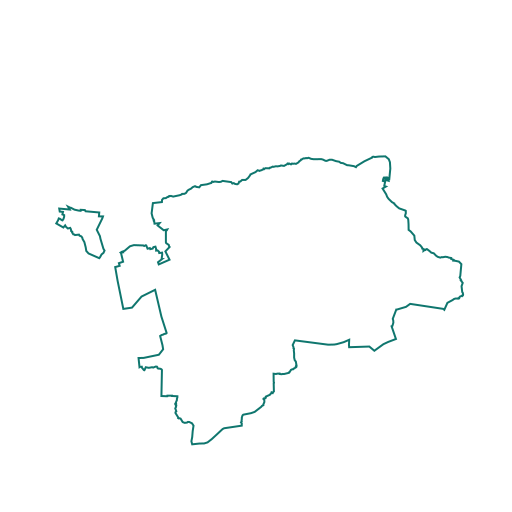 outline of Otumba, México, Mexico, rotated 323°
{"feature_id": "50627088B37171022679347", "entity_name": "Otumba", "entity_type": "district", "adm_level": 2, "iso_a3": "MEX", "parent_name": "Mexico", "parent_adm1": "México", "projection": "mercator", "projection_center": [-98.764, 19.669], "detail": "fine", "context": "isolated", "style": "outline", "palette": "teal", "viewbox_px": 512, "rotation_deg": 323, "n_neighbors": 0, "source": "geoboundaries", "source_scale": "gbopen_adm2", "svg_char_len": 6142}
<svg xmlns="http://www.w3.org/2000/svg" viewBox="0 0 512 512"><g transform="rotate(323 256 256)"><path d="M409.0,274.5L415.9,267.0L419.4,261.7L420.3,258.6L419.3,254.3L414.1,250.6L410.5,248.5L409.6,247.4L408.6,246.9L408.0,247.3L399.7,245.6L390.7,244.7L389.3,245.2L388.3,243.2L384.7,239.4L383.4,238.3L381.4,234.3L379.7,232.6L379.2,230.8L377.0,228.4L374.6,224.8L372.7,223.4L369.7,222.6L368.7,221.7L367.5,219.3L366.5,218.0L360.2,213.3L358.5,211.6L357.1,209.2L355.5,208.6L355.0,207.9L353.6,207.4L353.0,206.8L351.6,206.4L350.9,206.5L350.0,206.1L349.4,206.5L347.5,206.4L346.3,206.8L343.4,206.5L342.3,205.3L341.0,204.6L340.4,203.8L339.1,203.9L338.2,202.2L337.5,202.2L337.5,201.6L336.9,201.1L336.1,201.4L332.6,200.9L330.4,198.7L329.3,198.5L327.0,197.3L325.9,196.3L323.6,195.3L323.2,194.7L320.7,194.2L320.4,193.9L319.8,193.8L319.4,194.0L316.3,191.5L314.6,191.5L314.5,191.1L314.3,191.3L313.3,190.9L312.3,190.9L310.6,190.2L310.1,190.2L308.9,188.5L306.1,188.7L300.6,187.5L300.1,187.9L296.7,188.9L294.0,189.0L293.3,188.9L290.7,186.9L288.3,187.1L287.3,186.5L285.6,187.6L284.1,187.4L282.6,185.8L282.1,184.4L280.7,183.9L280.7,182.1L274.5,175.9L272.6,175.6L271.0,174.7L268.0,171.8L266.4,171.1L266.0,170.3L265.6,170.1L264.3,170.8L263.6,170.5L259.9,169.2L254.7,166.3L252.0,167.0L249.8,164.8L249.7,164.0L249.2,163.5L246.8,162.9L244.7,163.1L242.0,162.6L240.5,162.6L238.2,163.5L236.3,163.3L234.3,161.9L233.6,162.1L231.6,161.5L225.6,158.7L224.2,156.8L223.3,156.4L222.9,155.9L222.1,155.8L221.7,156.1L220.7,155.6L218.8,155.5L216.8,154.2L214.8,154.6L213.3,156.3L205.5,151.7L198.3,159.1L196.5,163.3L196.3,165.2L196.1,165.1L195.5,166.4L195.8,166.6L194.4,169.1L198.8,171.7L195.8,172.4L197.8,179.9L201.1,181.4L200.2,181.8L199.1,181.8L192.3,190.8L192.0,191.7L193.0,194.6L192.3,196.3L192.4,196.8L186.4,197.8L184.7,206.9L173.3,204.2L174.0,202.0L179.0,201.9L178.7,201.7L182.0,198.4L183.0,196.8L180.5,195.4L181.1,194.1L180.7,192.2L179.5,191.6L180.6,190.0L181.3,188.0L179.4,187.2L177.9,187.9L175.7,186.9L176.0,185.8L173.8,184.9L174.7,181.5L174.5,181.1L172.7,180.7L172.4,179.8L165.0,173.8L161.2,172.4L154.2,172.8L151.6,172.0L151.7,172.9L149.9,172.0L149.9,172.6L146.4,180.6L142.2,179.2L141.2,181.8L136.9,180.1L130.5,192.6L118.2,218.4L125.9,222.6L140.2,219.5L155.1,222.3L144.0,247.4L138.3,263.7L137.3,263.8L135.8,263.0L134.9,263.0L133.0,262.3L131.3,262.2L127.6,271.0L125.7,274.6L119.0,276.4L105.0,269.8L100.8,266.8L96.1,274.6L96.6,274.6L98.1,275.7L97.7,276.2L97.8,279.5L98.0,280.0L98.3,280.0L101.0,278.5L103.1,280.8L106.1,282.3L106.7,283.2L109.5,284.0L110.3,284.8L110.3,285.3L109.9,286.3L110.1,287.0L111.6,288.3L112.3,289.5L112.3,290.4L96.2,310.9L100.2,314.2L100.8,314.6L101.2,314.2L104.8,316.9L104.6,317.2L108.8,320.7L108.0,321.7L106.8,322.5L106.2,323.4L103.8,324.8L103.5,325.5L102.9,325.3L102.4,325.5L102.3,326.1L102.7,326.5L102.6,327.2L101.7,327.6L101.5,328.3L99.8,329.1L98.9,332.1L97.7,332.3L97.2,332.9L96.7,338.4L96.3,338.6L96.5,339.2L97.4,339.7L97.9,340.5L97.5,344.5L98.6,346.3L100.6,347.5L101.7,347.5L102.8,348.4L104.2,351.1L104.0,353.9L100.1,357.7L96.1,362.2L92.9,365.1L91.7,368.0L97.9,371.7L101.8,374.5L105.1,375.7L110.7,375.6L125.2,374.1L126.9,374.4L142.5,382.9L143.9,381.1L143.9,379.8L145.1,379.5L145.6,378.5L146.7,377.6L147.1,376.8L148.8,375.5L149.7,375.1L150.4,375.1L157.4,378.5L161.1,379.7L169.3,379.6L170.6,379.3L172.1,379.6L172.6,378.9L174.6,377.8L175.4,376.9L176.0,375.8L175.9,374.6L176.4,374.4L178.0,375.3L178.7,374.9L178.8,374.4L179.2,374.2L183.6,375.2L185.1,374.7L185.8,375.0L186.4,374.4L186.9,375.5L188.4,374.8L188.8,374.9L193.6,368.2L193.9,368.2L194.2,367.9L194.5,367.0L199.2,360.6L201.0,362.3L202.1,362.7L204.1,364.1L203.9,364.5L205.4,365.9L206.4,366.3L207.3,367.1L211.0,368.7L211.8,369.0L212.2,368.8L212.5,369.1L215.4,368.0L216.8,368.3L217.4,368.8L218.5,368.6L219.1,368.9L219.6,368.9L221.2,368.4L221.9,367.8L221.9,368.5L222.3,368.2L224.3,364.2L224.2,362.6L225.3,360.1L227.8,356.8L229.4,354.1L230.5,353.0L230.4,352.2L231.0,351.6L231.7,349.2L236.3,346.8L260.3,370.3L265.2,373.8L267.5,375.0L274.2,377.6L280.0,379.0L276.7,383.0L275.5,384.9L292.0,396.5L293.5,402.9L304.7,403.1L309.9,404.2L317.8,406.5L322.0,393.7L322.9,393.9L325.6,391.9L326.8,390.1L327.4,388.5L335.8,383.2L336.1,383.5L345.2,386.9L350.3,387.0L373.7,410.9L374.0,412.3L380.7,408.6L386.6,409.5L388.2,409.5L389.7,410.0L391.1,411.1L392.0,411.4L391.9,411.8L392.5,412.1L392.8,412.1L393.2,411.5L394.6,411.2L395.9,411.6L397.4,411.6L397.3,412.0L397.7,411.9L398.3,411.3L399.0,409.8L399.0,408.9L402.0,403.8L404.9,401.9L404.9,398.7L405.3,398.7L405.7,395.7L407.2,394.8L415.1,386.1L414.7,382.6L412.2,379.7L410.8,378.4L411.5,377.9L410.1,375.8L410.7,375.1L409.0,373.3L408.3,372.1L406.7,370.5L404.4,369.4L403.7,368.7L402.2,368.2L400.6,366.0L400.0,364.1L399.6,360.8L398.0,358.8L397.6,356.6L396.7,353.4L396.1,353.0L394.9,353.2L394.5,352.7L392.8,352.7L393.7,351.6L394.0,351.4L393.2,350.1L393.7,349.4L393.6,346.3L392.2,341.8L392.4,338.8L394.7,335.0L394.3,329.4L393.6,327.0L396.9,322.5L399.4,318.7L399.9,317.3L399.0,314.6L399.1,313.8L400.2,312.8L401.3,312.1L402.8,310.1L402.6,309.5L399.0,304.1L398.2,300.8L397.8,297.8L398.1,297.3L397.0,294.8L396.3,290.3L396.3,289.0L396.4,287.5L397.1,285.1L397.7,278.3L401.5,278.7L400.6,277.4L400.7,277.1L404.2,274.1L403.3,273.4L402.5,272.4L403.9,271.1L405.3,270.3L406.6,271.2L404.7,273.4L405.8,273.9L407.2,275.8L407.9,274.6L407.2,273.7L407.5,271.8L408.0,272.1L409.0,274.5ZM127.4,99.7L126.0,102.4L128.4,104.6L126.4,106.3L127.4,107.9L126.4,109.2L124.6,110.5L122.9,111.1L122.5,110.5L121.8,108.3L121.1,107.3L119.4,108.4L116.1,109.8L119.3,117.3L122.0,116.7L121.8,118.3L122.3,120.8L124.5,121.7L124.3,123.1L123.5,124.7L123.7,124.8L123.7,125.3L123.4,126.2L123.7,126.4L123.2,127.4L123.1,128.7L123.9,129.6L124.0,130.3L127.5,132.4L127.3,133.6L128.3,135.2L128.3,136.7L127.7,138.2L127.3,141.6L125.2,146.6L123.5,149.8L123.8,153.2L129.5,163.4L130.7,163.1L133.6,161.8L136.1,161.7L138.3,160.5L138.5,158.4L142.1,148.7L143.3,146.2L144.6,139.2L155.8,133.5L157.6,132.3L154.4,129.8L157.0,126.9L146.8,117.7L147.0,116.4L146.6,116.0L143.9,113.7L143.5,114.4L143.2,114.4L141.6,112.9L138.9,109.7L137.2,106.1L136.6,105.5L135.6,103.5L135.2,106.8L127.4,99.7Z" fill="none" stroke="#0f766e" stroke-width="2"/></g></svg>